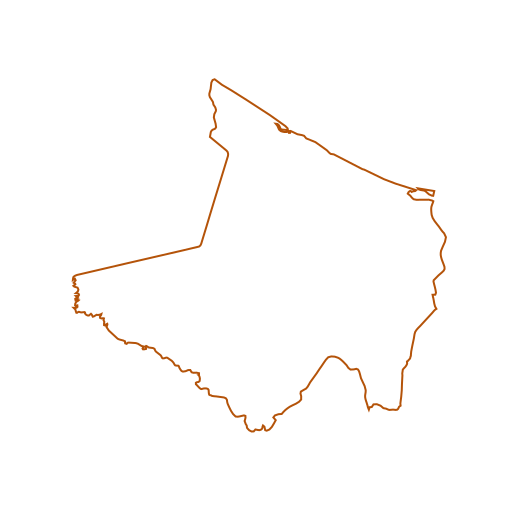 outline of Chiapas, rotated 167°
{"feature_id": "MEX-2735", "entity_name": "Chiapas", "entity_type": "State", "adm_level": 1, "iso_a3": "MEX", "parent_name": "Mexico", "parent_adm1": "", "projection": "mercator", "projection_center": [-92.17, 16.27], "detail": "fine", "context": "isolated", "style": "outline", "palette": "amber", "viewbox_px": 512, "rotation_deg": 167, "n_neighbors": 0, "source": "natural_earth", "source_scale": "10m", "svg_char_len": 6003}
<svg xmlns="http://www.w3.org/2000/svg" viewBox="0 0 512 512"><g transform="rotate(167 256 256)"><path d="M338.8,152.9L338.3,152.9L337.9,154.6L340.2,155.7L343.3,156.3L344.9,157.2L345.7,159.7L347.8,160.1L350.5,159.6L353.2,159.8L354.4,160.7L355.2,162.4L355.8,164.3L356.0,166.0L356.4,166.6L358.5,167.2L359.4,167.7L359.8,168.5L360.3,170.3L360.8,171.4L361.7,172.9L365.3,176.8L366.3,177.2L368.7,177.0L369.8,177.2L370.4,177.8L370.9,179.9L371.3,180.8L374.8,185.1L375.4,186.2L375.8,188.4L377.1,189.5L380.9,190.9L381.5,191.4L382.8,192.8L383.3,193.1L384.3,192.6L384.2,191.6L383.8,190.7L384.0,190.2L385.8,190.2L387.1,190.5L387.4,191.3L385.8,193.1L387.8,194.1L390.8,197.1L392.7,198.2L399.6,200.3L400.8,200.3L401.8,199.5L403.1,200.3L403.1,201.0L402.8,202.3L404.3,203.5L407.9,205.4L409.4,206.5L416.2,216.5L417.6,220.3L416.2,222.7L416.2,223.4L417.1,223.2L417.6,223.1L418.0,222.7L418.3,222.0L419.6,222.8L419.3,224.3L418.6,226.1L419.0,227.8L418.2,229.4L419.0,229.8L420.6,229.9L421.8,230.7L421.8,231.8L421.1,232.6L420.2,233.3L419.7,234.3L420.9,234.0L422.6,234.0L424.0,234.3L424.6,234.6L425.1,234.4L427.7,233.6L428.7,233.6L429.2,235.8L429.8,236.8L432.2,235.6L433.4,235.9L434.3,236.6L434.9,237.2L435.5,238.4L435.3,239.3L435.6,239.9L438.8,240.3L439.8,240.7L440.6,241.2L441.2,241.5L442.3,241.3L443.2,240.9L443.8,241.1L444.0,242.6L444.0,244.0L444.1,244.6L445.3,246.5L443.7,246.1L442.4,246.0L441.4,246.6L441.2,248.1L441.8,248.1L441.8,247.3L442.5,247.3L443.4,248.6L442.8,250.3L441.3,251.8L439.4,252.4L438.7,252.8L439.7,253.5L441.2,254.1L441.8,253.8L441.8,254.9L441.2,255.2L440.4,254.9L439.8,254.5L439.7,254.8L439.7,255.1L439.1,255.2L439.5,255.7L440.1,256.9L440.5,257.5L439.2,257.3L438.8,257.1L438.4,256.7L437.2,257.9L437.4,259.0L438.4,259.8L439.8,260.3L438.6,260.9L437.3,261.9L436.6,263.3L437.0,265.3L439.9,267.0L440.6,268.0L438.4,269.0L438.4,269.6L439.7,270.9L437.2,272.9L437.6,274.7L438.4,274.7L438.8,274.3L438.9,274.2L439.2,274.2L439.8,273.9L439.5,274.8L438.8,276.3L438.4,276.8L436.6,277.5L434.6,277.8L425.5,277.8L383.7,277.9L369.8,277.9L355.8,277.9L328.0,277.9L309.4,278.0L307.8,278.8L306.6,280.3L304.3,284.3L302.4,287.6L297.5,296.1L290.6,308.2L282.6,322.1L274.6,335.9L260.8,359.8L260.2,361.6L260.2,363.6L261.0,365.3L274.1,382.4L272.1,387.0L271.0,388.2L269.7,388.8L268.4,389.0L267.1,389.3L265.9,390.5L265.6,394.0L265.9,400.5L264.7,403.6L262.6,406.1L262.1,407.3L262.2,409.5L262.4,410.4L263.4,413.0L263.4,413.8L263.3,415.3L263.4,416.1L265.2,421.2L265.3,423.2L264.9,424.8L262.7,428.8L260.5,435.0L258.7,437.2L256.6,437.5L256.2,437.1L250.6,430.4L242.9,423.1L230.2,410.3L210.8,390.2L198.1,375.9L196.5,373.2L196.6,371.1L198.2,372.0L202.6,373.5L203.5,374.4L203.7,376.3L204.3,378.3L205.4,379.8L207.0,380.4L205.9,378.3L205.1,374.0L203.8,372.2L202.4,371.3L200.4,370.4L198.2,369.9L196.6,370.3L196.3,368.6L195.2,368.3L194.6,369.0L195.9,370.3L194.2,370.1L188.2,365.3L184.1,363.5L182.1,362.3L180.6,359.3L172.5,353.6L163.2,343.1L161.4,340.1L160.3,338.7L157.3,337.5L132.8,316.7L131.1,315.8L114.1,302.1L103.7,295.1L85.1,284.1L86.3,283.5L88.7,283.7L89.9,283.4L90.6,284.5L91.7,284.6L93.0,283.9L94.1,282.6L92.1,280.1L91.0,277.8L89.7,275.9L87.1,274.7L75.0,272.0L71.9,270.4L70.9,269.5L71.5,268.4L72.4,267.1L73.3,265.7L74.1,264.3L74.7,262.5L75.1,260.5L75.4,258.4L75.6,256.5L75.3,253.4L74.1,249.8L72.5,246.3L71.2,243.6L69.6,239.6L68.7,237.7L67.6,235.8L66.7,231.6L68.7,227.3L71.9,223.1L74.5,219.5L75.3,217.5L75.8,215.4L75.9,213.3L75.8,211.0L75.5,208.7L75.1,205.8L74.8,203.0L75.2,200.9L76.4,199.5L78.5,198.2L80.8,197.0L82.5,196.1L88.3,192.4L88.8,191.2L88.8,189.0L88.7,185.3L88.7,182.6L88.9,179.7L90.0,178.0L92.7,178.5L92.7,177.8L92.7,177.0L92.8,176.2L92.7,175.5L92.8,172.7L93.0,169.6L92.9,166.6L92.1,163.9L93.5,163.4L94.7,162.7L97.1,160.9L111.9,150.8L114.0,149.5L116.1,148.0L117.9,146.3L119.1,144.2L120.8,140.0L123.6,134.0L125.0,130.9L126.3,127.9L127.2,125.2L127.6,123.8L128.1,123.2L128.7,121.9L129.3,121.2L131.0,120.1L131.4,119.7L132.0,119.4L132.4,119.4L132.7,119.1L132.9,117.3L133.2,116.7L134.2,115.5L135.6,114.3L137.2,113.3L138.5,112.3L139.1,110.7L139.9,108.7L140.2,106.7L140.7,105.0L142.5,98.7L144.2,92.3L146.2,86.1L148.5,79.9L148.8,77.6L149.9,77.2L150.6,76.8L151.9,75.1L153.0,74.5L154.5,74.6L157.0,75.5L160.6,76.0L161.6,76.5L163.6,78.0L166.1,79.1L168.3,82.1L171.6,84.4L174.9,85.0L177.2,82.8L179.3,83.1L180.6,80.9L180.9,82.8L181.0,83.4L181.0,85.6L181.1,86.4L181.2,88.3L181.4,90.2L181.5,92.1L181.4,94.0L181.0,95.7L180.4,97.2L179.8,98.7L179.3,100.5L179.4,104.8L180.3,109.0L181.2,113.3L181.3,117.7L181.5,120.4L182.1,122.4L183.6,123.5L186.2,123.5L189.5,124.1L191.2,126.2L192.3,129.2L194.2,132.4L195.2,134.0L196.4,135.7L197.7,137.3L199.1,138.5L201.9,140.2L205.2,141.2L208.4,141.1L211.2,139.2L212.0,138.5L212.4,138.1L212.8,137.8L217.4,133.5L219.0,132.1L222.0,129.3L223.0,128.3L231.7,120.7L233.3,118.9L235.1,117.0L237.1,115.5L239.3,114.9L242.8,113.8L243.6,111.9L243.5,109.3L244.3,106.0L246.8,104.3L250.3,103.1L254.0,102.3L257.1,101.5L259.6,100.5L262.1,99.3L264.5,97.8L266.5,96.3L269.7,96.8L273.4,96.4L275.4,94.8L273.7,91.6L276.2,88.8L279.0,85.9L282.0,83.9L284.2,83.5L284.9,83.4L286.2,84.2L286.2,87.8L287.3,89.3L288.0,88.3L288.4,87.2L289.0,86.3L290.1,85.7L291.6,85.5L293.0,85.9L295.6,87.1L297.7,85.6L299.8,86.0L301.8,87.7L303.2,90.1L303.4,90.8L303.2,92.9L303.4,93.5L303.6,94.0L303.8,94.5L304.2,97.8L303.6,98.8L302.6,100.8L302.3,102.6L303.6,103.4L305.8,103.4L307.9,103.4L309.9,103.5L312.0,104.2L313.9,107.2L315.2,110.8L316.1,114.6L316.8,118.1L316.9,119.3L316.9,120.4L316.8,121.3L316.7,122.4L317.4,124.2L319.1,125.4L321.2,126.2L323.0,126.9L323.7,127.1L324.0,127.3L324.4,127.4L326.2,128.1L328.4,128.8L330.4,129.6L331.1,130.3L332.0,130.7L332.8,131.4L332.8,133.0L332.3,136.1L332.8,137.3L334.1,138.1L335.5,138.5L336.9,138.7L339.0,138.6L339.8,139.0L340.7,140.1L343.1,144.2L343.4,144.5L343.1,146.0L342.0,146.3L340.5,146.2L339.2,146.7L338.7,147.7L338.2,149.4L338.2,151.1L338.5,152.5L338.8,152.9ZM69.8,274.8L71.0,275.2L73.6,277.2L76.3,281.0L77.4,281.9L80.8,283.3L82.3,284.2L83.0,285.5L67.7,279.2L69.8,274.8Z" fill="none" stroke="#b45309" stroke-width="2"/></g></svg>